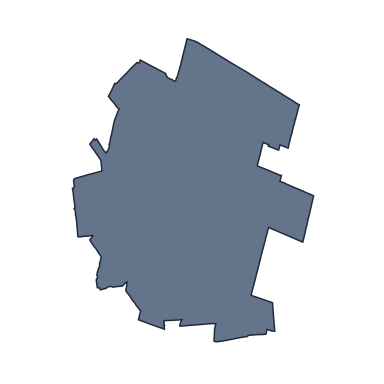 Patulele, Mehedinti, Romania, rotated 261°
{"feature_id": "2599482B86573663182139", "entity_name": "Patulele", "entity_type": "district", "adm_level": 2, "iso_a3": "ROU", "parent_name": "Romania", "parent_adm1": "Mehedinti", "projection": "robinson", "projection_center": [22.803, 44.325], "detail": "fine", "context": "isolated", "style": "filled", "palette": "slate", "viewbox_px": 384, "rotation_deg": 261, "n_neighbors": 0, "source": "geoboundaries", "source_scale": "gbopen_adm2", "svg_char_len": 5850}
<svg xmlns="http://www.w3.org/2000/svg" viewBox="0 0 384 384"><g transform="rotate(261 192 192)"><path d="M169.2,311.5L169.5,311.1L170.0,310.3L171.9,307.3L173.0,305.5L173.2,305.1L173.6,304.7L173.8,304.4L174.4,303.3L174.8,302.7L175.0,302.4L175.4,302.3L176.4,300.2L177.4,298.7L178.9,296.2L182.9,289.9L183.8,288.5L185.0,286.6L185.3,286.1L185.9,285.6L186.5,284.7L187.0,283.7L188.1,281.6L188.5,281.1L188.7,280.5L193.0,282.3L194.4,282.9L194.4,282.4L197.9,276.4L200.3,272.7L201.2,271.1L202.0,269.9L203.8,266.8L204.5,265.8L204.6,265.5L207.0,261.6L207.7,260.5L219.0,265.5L223.5,267.2L224.7,267.8L229.8,269.9L229.3,270.8L226.7,275.1L225.5,274.5L225.2,274.8L219.8,284.1L223.8,285.9L224.7,286.4L220.3,293.8L225.1,295.7L228.2,297.0L229.1,297.3L230.7,298.1L235.1,300.2L236.8,300.8L237.2,300.9L238.3,301.4L241.0,302.5L243.7,303.9L246.5,304.9L246.9,305.1L247.8,305.5L247.7,305.6L249.8,306.5L252.4,307.7L254.6,308.7L257.4,309.8L259.2,310.6L260.0,311.1L261.2,311.7L263.4,309.0L267.1,304.9L273.9,296.9L275.8,294.9L278.5,291.7L279.8,290.3L282.7,286.8L283.7,285.5L286.4,282.7L287.6,281.4L289.7,278.6L291.9,276.3L294.1,273.6L302.4,264.3L307.9,257.5L315.9,248.0L334.8,225.9L335.7,224.5L336.3,223.8L337.1,223.0L337.9,222.1L338.3,221.6L338.6,221.2L339.4,220.3L340.1,219.1L341.1,217.4L343.4,212.6L344.1,211.2L343.8,210.9L338.7,208.8L328.1,204.3L322.8,202.1L321.0,201.2L320.2,201.3L319.6,201.2L319.4,200.7L317.5,199.7L314.9,198.7L312.1,197.2L310.7,196.7L309.4,196.0L307.5,195.2L307.2,194.6L306.1,194.0L305.5,193.8L304.4,193.3L304.1,193.0L304.1,192.8L304.5,191.9L304.5,191.5L304.7,191.2L305.7,190.5L306.6,189.2L307.0,188.5L307.1,188.0L307.7,187.3L308.7,185.9L309.6,185.5L311.0,184.9L312.0,184.7L312.7,184.7L313.2,184.2L313.6,184.0L324.7,169.1L328.5,164.1L330.4,161.5L330.3,161.4L330.0,161.8L329.9,161.8L329.8,161.7L329.6,161.2L327.2,159.6L328.5,157.9L327.3,156.2L322.8,149.9L320.3,146.8L316.6,141.8L314.5,138.9L312.7,136.7L311.0,134.3L310.8,133.8L310.9,133.5L311.4,132.9L310.4,132.0L307.1,129.9L302.1,126.4L302.0,126.2L300.1,124.9L299.5,124.4L294.7,127.1L294.5,127.3L293.1,128.1L292.2,128.8L291.1,129.3L290.7,129.6L289.5,130.2L288.9,130.4L288.5,130.5L286.4,131.9L285.5,133.1L283.6,131.7L279.1,129.2L278.4,128.7L275.1,126.8L274.9,126.6L273.8,126.3L271.4,125.2L268.5,124.2L268.0,123.9L266.9,123.6L265.6,123.1L265.0,123.1L264.6,122.7L261.3,121.5L258.9,120.3L255.1,119.1L252.9,118.1L251.8,117.5L251.5,117.9L250.8,117.6L249.8,117.4L247.8,116.5L246.4,115.5L245.6,114.8L245.2,114.2L244.0,113.3L245.4,112.2L246.0,111.8L247.8,110.9L256.4,107.4L259.2,106.1L258.2,104.8L260.0,103.6L255.2,98.5L243.4,104.2L242.2,104.8L240.9,105.4L237.8,106.8L235.4,106.9L233.1,106.7L230.6,106.6L227.5,106.4L227.0,106.4L226.9,106.1L226.7,105.0L226.4,102.2L226.2,100.6L225.8,96.6L225.6,95.1L225.6,94.1L225.3,91.6L225.2,90.5L224.9,88.9L224.8,88.3L224.7,86.8L223.8,79.6L223.6,78.3L223.1,77.6L222.6,77.1L221.8,76.8L221.3,76.8L219.7,76.8L215.2,76.6L214.8,76.2L214.6,76.0L214.5,75.6L214.5,75.2L214.4,74.5L213.5,74.5L211.7,74.4L211.1,74.6L207.6,74.4L206.8,74.3L202.7,74.3L202.0,74.2L201.1,74.1L200.7,74.2L200.1,74.1L197.8,74.2L195.3,74.0L194.4,74.0L194.2,73.9L194.3,73.2L194.2,72.9L193.8,72.9L193.7,73.2L193.3,73.5L193.0,73.6L190.6,73.7L190.2,73.6L189.9,73.6L189.4,73.6L188.5,73.5L187.8,73.3L185.1,73.5L183.9,73.5L175.7,73.1L174.5,72.9L165.7,72.3L165.5,72.6L165.3,73.9L165.0,75.5L165.2,76.0L165.3,76.5L165.2,77.8L165.0,79.3L165.0,80.3L164.6,82.5L164.6,82.8L164.8,83.7L164.7,84.7L164.6,85.9L164.7,86.7L164.6,87.0L164.0,87.4L162.9,85.7L162.7,85.4L162.1,85.2L161.4,84.3L160.6,83.5L159.8,83.8L157.7,84.8L153.9,86.5L152.6,87.2L152.1,87.6L151.5,88.0L148.7,89.3L148.3,89.4L148.1,89.4L145.6,90.6L144.9,91.0L143.7,91.5L142.6,92.1L141.4,92.0L140.8,91.8L140.3,91.5L138.0,90.5L137.2,90.1L136.6,89.9L135.3,89.3L133.8,89.3L133.1,89.1L132.2,88.6L131.3,87.9L130.6,87.4L129.2,86.9L127.7,86.0L127.3,85.9L126.5,85.6L125.3,85.3L124.8,85.0L124.3,85.1L123.9,85.1L123.2,85.3L121.8,85.4L121.6,85.2L121.3,84.4L121.1,84.2L120.5,83.8L120.1,83.7L119.0,83.6L118.4,83.7L116.7,83.5L115.6,83.5L115.0,83.7L114.7,83.7L114.2,83.6L113.8,83.4L113.4,83.4L112.5,83.6L112.1,83.7L111.9,84.7L112.0,85.3L112.0,85.5L111.4,85.8L110.6,85.9L109.7,86.2L110.2,91.4L110.2,91.7L110.7,92.9L111.1,93.8L111.4,94.2L111.5,94.6L111.4,96.6L111.2,97.8L110.6,98.7L110.4,99.3L110.3,103.9L110.0,107.7L110.0,108.2L110.0,108.7L110.4,109.4L112.0,111.0L112.3,111.6L113.3,113.6L109.5,112.8L108.6,112.4L107.3,112.0L105.8,111.3L104.5,111.3L101.8,112.6L101.0,113.2L100.1,113.6L99.4,114.1L98.1,114.8L97.1,115.0L95.5,115.8L93.4,116.8L91.3,118.1L90.5,118.5L89.2,118.9L86.2,120.6L84.5,121.4L82.8,122.7L74.2,119.1L68.3,129.5L64.8,135.9L61.8,141.5L60.8,143.3L62.5,143.4L62.9,143.5L63.7,143.6L64.1,143.7L64.3,144.0L64.6,144.1L65.0,144.0L66.2,143.8L66.7,143.8L67.3,144.1L67.8,144.0L68.7,144.0L69.3,144.1L68.5,151.3L68.4,151.6L67.5,161.1L67.5,162.0L63.8,159.6L61.5,159.0L61.1,162.3L61.1,163.3L60.9,164.4L60.7,168.1L60.2,174.5L60.2,175.4L60.0,176.0L59.9,178.0L59.9,178.5L59.8,180.1L59.7,180.4L59.6,180.7L59.6,182.3L59.8,183.0L59.7,183.2L59.6,183.5L58.9,190.3L58.9,190.6L59.1,190.9L59.1,191.1L58.8,191.6L58.6,192.6L58.3,195.0L53.7,193.0L44.0,191.0L41.5,190.4L40.8,191.0L40.1,193.5L40.1,202.8L40.7,217.8L40.6,224.1L40.7,224.3L41.0,224.6L41.7,225.1L41.2,229.6L41.1,231.9L41.0,233.1L41.1,233.3L41.0,234.0L40.6,236.4L40.5,237.0L40.2,239.3L40.1,241.2L39.9,242.7L44.6,244.7L44.0,245.6L42.3,248.9L41.9,250.7L41.6,252.0L45.6,252.2L47.8,252.5L50.6,252.7L53.6,252.8L57.5,253.2L65.9,253.8L67.3,254.0L70.0,254.2L71.1,252.3L79.8,235.9L80.8,234.2L98.2,241.8L121.1,251.6L144.9,262.0L144.6,262.7L143.4,264.5L142.9,265.4L140.3,269.6L137.2,274.5L135.7,276.9L131.1,284.2L127.5,289.8L125.5,292.9L125.1,293.5L126.1,294.0L134.3,297.4L137.6,298.6L141.7,300.4L146.9,302.4L151.6,304.5L152.6,304.8L155.4,306.0L156.7,306.5L160.7,308.1L166.3,310.3L169.2,311.5Z" fill="#64748b" stroke="#1e293b" stroke-width="1.5"/></g></svg>